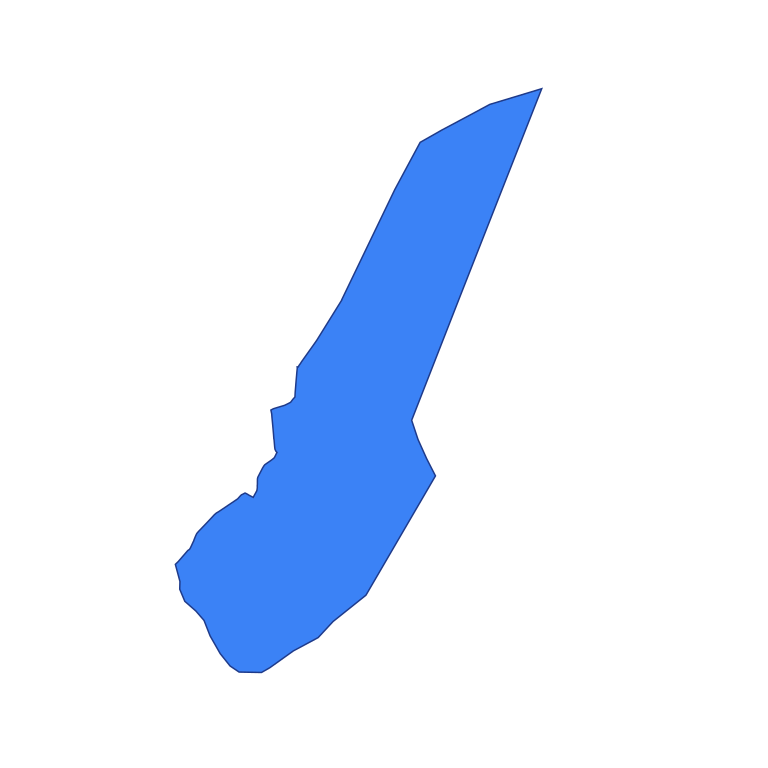 outline of Burg Al-Arab City, Al Iskandariyah, Egypt, rotated 332°
{"feature_id": "37247803B47778858868079", "entity_name": "Burg Al-Arab City", "entity_type": "district", "adm_level": 2, "iso_a3": "EGY", "parent_name": "Egypt", "parent_adm1": "Al Iskandariyah", "projection": "robinson", "projection_center": [29.584, 30.899], "detail": "fine", "context": "isolated", "style": "filled", "palette": "blue", "viewbox_px": 768, "rotation_deg": 332, "n_neighbors": 0, "source": "geoboundaries", "source_scale": "gbopen_adm2", "svg_char_len": 1683}
<svg xmlns="http://www.w3.org/2000/svg" viewBox="0 0 768 768"><g transform="rotate(332 384 384)"><path d="M386.2,289.8L386.2,290.0L345.2,313.8L341.1,315.9L334.9,319.0L320.9,326.0L320.4,326.4L317.9,327.6L316.8,328.3L316.3,328.7L316.2,328.7L315.4,328.1L314.6,329.7L313.9,330.7L311.6,334.2L311.1,335.0L308.1,339.6L305.1,344.3L301.7,349.6L299.6,353.1L299.2,353.7L296.4,354.7L293.4,356.1L293.1,356.2L292.9,356.3L290.7,356.3L287.5,356.2L286.7,356.2L285.4,356.0L277.9,354.5L274.7,353.9L274.0,353.9L271.9,353.9L270.8,357.7L269.4,360.9L266.2,368.6L263.1,375.9L261.0,380.7L260.8,381.5L257.8,388.5L257.1,390.5L257.0,392.6L257.4,394.2L256.3,394.9L253.3,397.1L252.2,397.7L250.2,398.1L248.4,398.4L247.6,398.5L243.3,399.0L240.9,399.3L239.5,399.9L237.3,401.2L231.8,405.0L228.8,407.1L228.2,407.8L227.7,408.4L226.2,411.1L225.2,413.0L224.4,414.2L223.6,415.8L222.6,417.3L221.6,418.5L219.4,420.0L218.1,420.8L215.3,422.7L212.4,418.5L211.9,417.5L210.3,415.2L210.1,415.1L209.9,415.0L207.5,415.0L206.1,414.9L204.4,415.4L200.9,416.7L178.0,419.1L175.4,419.2L174.2,419.5L173.1,419.7L166.7,421.9L162.0,423.5L151.0,427.1L148.5,428.1L147.7,428.7L147.1,429.1L145.6,430.3L143.1,432.4L142.2,433.3L142.0,433.5L141.7,433.6L138.3,436.2L136.0,437.9L134.6,438.7L132.6,438.9L118.9,444.2L115.1,445.3L111.1,462.6L107.3,469.3L106.1,482.4L111.3,496.1L114.1,508.3L112.2,524.8L112.8,545.2L115.7,560.7L120.8,570.3L140.4,581.2L150.0,580.9L167.4,578.6L178.8,577.1L206.8,577.0L227.5,569.8L268.9,562.0L386.3,489.3L386.6,470.0L388.0,448.9L391.4,429.0L399.2,422.3L491.4,343.1L575.1,271.5L661.9,197.3L608.7,186.8L575.1,186.9L554.7,186.9L529.4,187.6L484.8,217.4L386.2,289.8Z" fill="#3b82f6" stroke="#1e3a8a" stroke-width="1.5"/></g></svg>